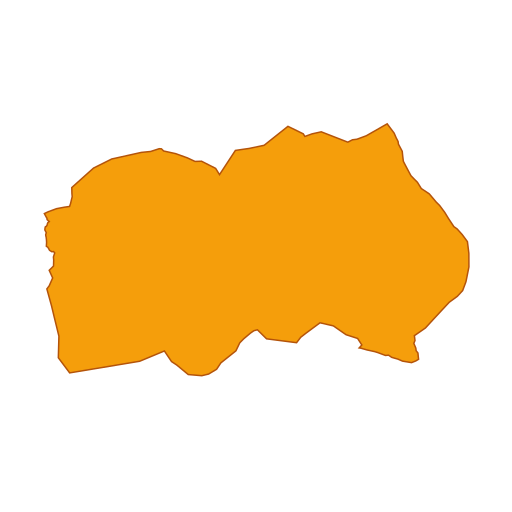 Vandeikya, Benue, Nigeria (Natural Earth projection), rotated 263°
{"feature_id": "59680162B81014786719276", "entity_name": "Vandeikya", "entity_type": "district", "adm_level": 2, "iso_a3": "NGA", "parent_name": "Nigeria", "parent_adm1": "Benue", "projection": "natural_earth1", "projection_center": [9.083, 6.807], "detail": "fine", "context": "isolated", "style": "filled", "palette": "amber", "viewbox_px": 512, "rotation_deg": 263, "n_neighbors": 0, "source": "geoboundaries", "source_scale": "gbopen_adm2", "svg_char_len": 2079}
<svg xmlns="http://www.w3.org/2000/svg" viewBox="0 0 512 512"><g transform="rotate(263 256 256)"><path d="M346.4,81.5L340.4,80.9L337.3,80.8L330.6,78.3L327.9,77.0L327.8,71.7L327.3,63.8L325.3,55.3L323.9,51.1L321.6,52.0L319.8,52.7L319.0,53.1L318.0,53.1L317.5,53.1L316.0,54.5L315.4,55.0L314.5,53.5L313.1,52.7L312.2,52.5L310.9,51.4L310.8,50.6L309.5,50.0L307.6,49.6L304.6,50.7L303.0,49.9L301.7,49.8L300.4,50.0L298.0,50.0L295.0,49.8L291.2,49.1L290.0,50.5L286.8,51.8L285.1,53.9L285.1,55.6L283.6,56.6L279.7,54.8L276.6,54.7L270.7,53.8L267.0,49.0L259.0,51.5L251.6,47.1L248.8,44.4L231.3,47.0L219.8,48.3L200.4,50.6L179.1,47.4L162.7,56.8L165.7,127.7L172.9,153.5L161.5,159.3L157.5,164.0L146.6,174.3L143.8,187.6L144.6,194.6L148.4,203.1L154.2,208.1L164.3,224.5L171.8,229.3L175.3,233.7L180.2,241.2L182.1,244.8L182.6,248.4L172.5,256.4L165.0,285.7L169.9,290.5L173.3,296.2L181.9,311.4L177.2,324.3L166.9,335.8L161.8,346.8L154.8,350.2L152.2,347.2L151.7,348.9L149.2,354.8L148.4,357.1L146.6,362.2L145.3,365.1L141.5,372.4L141.4,375.5L138.9,378.3L137.6,381.3L136.4,384.2L133.8,388.6L132.5,393.0L131.2,397.4L132.4,401.9L133.7,404.8L136.2,404.8L140.0,404.9L142.5,403.4L145.1,403.4L150.1,402.0L152.7,403.5L155.2,403.5L155.7,403.5L157.7,403.5L158.2,404.6L163.9,415.4L171.5,424.3L177.4,431.3L177.9,431.9L179.0,433.2L186.5,442.1L191.5,451.0L196.5,456.9L204.0,460.8L205.3,461.4L219.2,466.0L231.8,467.5L233.0,467.6L244.5,467.6L252.1,463.3L258.4,458.9L261.0,456.0L269.8,451.6L276.2,448.7L283.8,444.4L287.6,441.4L296.5,435.6L302.8,428.3L309.5,425.2L312.7,422.7L316.8,419.6L320.6,418.1L328.2,415.2L332.0,413.8L337.0,413.8L342.1,413.9L349.7,411.0L352.2,411.0L353.7,410.5L356.0,409.6L361.1,408.1L371.2,402.3L361.9,380.1L359.6,370.4L359.6,365.9L357.8,361.0L371.3,335.9L370.4,326.5L368.7,319.1L371.5,317.8L380.8,303.5L369.4,284.9L364.9,277.6L363.6,262.3L363.5,256.8L363.3,248.4L341.2,229.7L347.9,226.6L356.7,213.5L357.3,207.0L361.8,199.8L367.4,188.7L371.5,177.1L373.9,175.2L374.3,173.0L372.6,164.2L372.8,154.7L370.2,128.1L369.9,124.7L363.1,105.5L346.4,81.5Z" fill="#f59e0b" stroke="#b45309" stroke-width="1.5"/></g></svg>